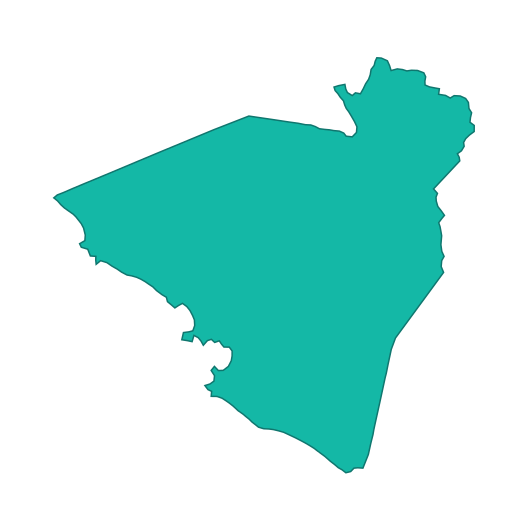 the district of Guarapari, Espírito Santo, Brazil, rotated 95°
{"feature_id": "56859067B18132052810644", "entity_name": "Guarapari", "entity_type": "district", "adm_level": 2, "iso_a3": "BRA", "parent_name": "Brazil", "parent_adm1": "Espírito Santo", "projection": "albers", "projection_center": [-40.545, -20.612], "detail": "fine", "context": "isolated", "style": "filled", "palette": "teal", "viewbox_px": 512, "rotation_deg": 95, "n_neighbors": 0, "source": "geoboundaries", "source_scale": "gbopen_adm2", "svg_char_len": 2887}
<svg xmlns="http://www.w3.org/2000/svg" viewBox="0 0 512 512"><g transform="rotate(95 256 256)"><path d="M77.3,182.4L79.1,188.6L80.9,193.0L84.3,191.6L87.1,188.6L90.6,185.8L93.8,182.4L97.8,180.8L101.2,178.9L104.1,176.3L108.2,173.3L113.5,169.6L118.5,166.7L124.2,166.7L128.9,170.5L128.8,176.6L125.9,179.3L124.3,183.9L124.3,189.4L123.9,193.7L123.9,198.7L123.7,203.9L121.9,208.2L120.7,212.8L120.9,218.3L120.1,225.6L119.6,235.6L118.6,251.5L117.6,268.8L117.2,275.3L133.9,309.1L157.4,354.2L162.4,363.8L188.7,413.8L198.7,433.0L204.6,444.2L209.6,453.4L212.5,459.3L215.7,462.5L218.4,458.5L221.9,454.9L224.9,451.0L227.7,446.2L230.3,441.7L232.8,438.7L235.8,435.9L239.0,432.9L243.2,430.2L250.0,427.9L255.6,427.8L259.1,432.8L262.5,430.8L263.9,424.2L270.4,421.0L270.3,415.5L274.0,415.3L278.2,414.5L274.2,410.4L275.6,403.9L278.8,398.3L281.1,393.2L283.8,388.5L286.2,382.8L286.6,378.2L287.6,373.0L289.0,369.0L291.2,364.2L293.6,360.0L295.7,356.1L299.1,352.1L302.7,346.3L304.9,341.7L309.2,340.2L312.1,336.0L314.8,332.3L312.0,328.8L309.6,325.1L312.4,320.5L316.1,317.0L320.8,314.0L325.0,311.8L330.6,311.0L336.0,312.4L337.4,316.2L338.6,321.6L345.9,322.6L346.3,317.0L346.9,312.2L340.5,310.9L342.4,306.4L345.5,303.4L349.5,300.7L344.5,297.0L342.9,293.2L345.7,289.6L343.7,285.2L346.9,282.6L349.5,280.0L349.1,274.7L352.7,271.5L357.7,271.1L362.5,271.5L368.4,273.9L372.8,278.7L373.4,283.5L369.6,287.8L373.9,290.7L378.8,286.9L384.3,287.0L387.5,290.7L389.5,295.6L393.3,292.2L394.7,288.4L399.7,288.4L399.3,282.6L400.6,277.5L402.7,273.5L404.7,270.0L407.5,265.7L411.7,260.3L414.5,255.4L416.9,252.0L419.0,248.8L422.0,245.2L424.0,242.0L426.3,238.6L427.4,233.3L427.2,228.0L427.4,223.5L428.2,218.2L429.2,213.1L430.6,209.2L432.0,205.4L433.7,200.8L436.0,195.2L437.8,191.0L440.2,185.9L442.4,181.6L444.7,178.0L447.2,173.9L449.4,170.3L451.7,167.1L454.1,163.9L456.9,159.5L459.7,155.6L461.5,151.6L464.1,147.6L462.5,142.9L458.8,139.9L458.1,136.1L458.0,131.0L444.0,126.8L432.5,125.3L423.7,123.9L418.8,123.5L413.9,122.9L395.6,120.5L391.0,119.9L379.2,118.4L365.7,116.7L361.5,116.0L352.4,115.0L337.2,113.1L325.5,109.9L256.0,67.7L250.4,70.6L244.4,70.6L240.0,68.6L235.2,71.3L228.6,72.8L223.7,72.8L219.7,72.8L215.5,73.9L210.8,75.2L206.9,76.9L202.4,74.1L199.1,71.8L195.2,75.1L190.8,79.2L185.6,81.2L181.7,81.8L177.8,80.7L173.7,85.0L143.5,61.3L139.9,62.2L136.6,64.3L133.3,60.5L128.6,58.2L124.8,59.1L120.8,57.3L116.9,53.9L113.0,49.5L106.9,50.0L104.1,54.5L99.3,54.4L94.5,53.7L90.5,56.7L84.5,57.8L80.8,60.9L78.8,66.5L79.0,72.6L81.7,76.3L79.5,81.2L79.0,88.2L73.4,87.9L73.0,92.4L72.4,98.0L70.9,102.5L67.1,103.0L62.7,102.6L58.9,104.8L57.1,111.2L57.4,117.3L58.5,121.9L57.5,126.3L57.3,131.6L59.5,137.6L54.8,139.5L50.1,142.1L47.9,148.4L48.0,152.9L51.5,154.2L55.9,154.9L60.1,157.6L65.5,158.0L70.1,159.2L74.9,161.8L80.0,163.7L85.3,166.1L84.8,171.2L87.8,174.1L85.2,179.2L81.9,181.1L77.3,182.4Z" fill="#14b8a6" stroke="#0f766e" stroke-width="1.5"/></g></svg>